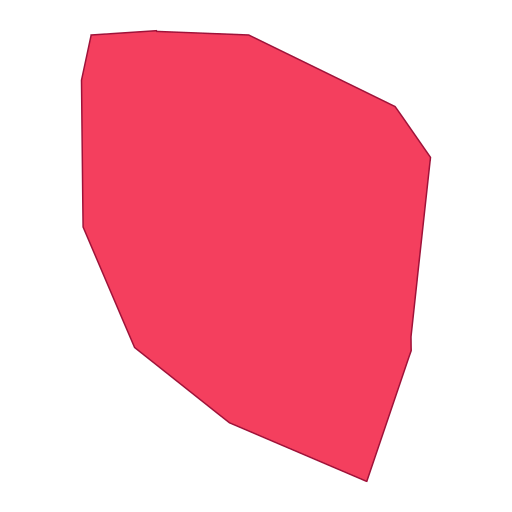 Forestiere, Castries, Saint Lucia (Natural Earth projection)
{"feature_id": "8701671B66587320665101", "entity_name": "Forestiere", "entity_type": "district", "adm_level": 2, "iso_a3": "LCA", "parent_name": "Saint Lucia", "parent_adm1": "Castries", "projection": "natural_earth1", "projection_center": [-60.956, 13.977], "detail": "fine", "context": "isolated", "style": "filled", "palette": "rose", "viewbox_px": 512, "rotation_deg": 0, "n_neighbors": 0, "source": "geoboundaries", "source_scale": "gbopen_adm2", "svg_char_len": 523}
<svg xmlns="http://www.w3.org/2000/svg" viewBox="0 0 512 512"><path d="M411.1,350.9L411.2,350.4L411.1,347.4L411.0,336.7L417.1,280.4L417.2,279.2L430.1,160.9L430.2,160.7L430.5,157.4L401.9,116.2L395.1,106.6L345.5,82.3L249.9,35.6L248.8,35.0L166.5,31.8L156.7,31.4L156.4,30.7L141.3,31.7L91.1,35.0L91.1,35.4L90.9,36.4L81.5,80.2L82.7,194.4L83.1,227.0L123.4,321.4L134.3,346.8L134.6,347.5L217.3,413.2L229.5,422.8L366.2,481.2L366.8,481.3L408.3,358.9L409.3,356.0L411.1,350.9Z" fill="#f43f5e" stroke="#9f1239" stroke-width="1.5"/></svg>